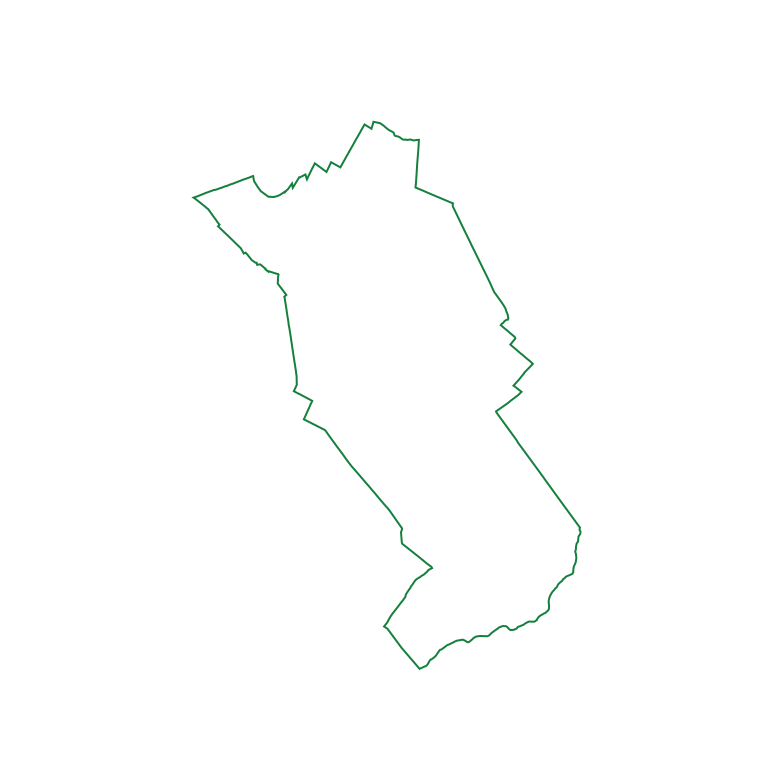 Aljojuca, Puebla, Mexico, rotated 210°
{"feature_id": "50627088B67825274215435", "entity_name": "Aljojuca", "entity_type": "district", "adm_level": 2, "iso_a3": "MEX", "parent_name": "Mexico", "parent_adm1": "Puebla", "projection": "robinson", "projection_center": [-97.52, 19.106], "detail": "fine", "context": "isolated", "style": "outline", "palette": "green", "viewbox_px": 768, "rotation_deg": 210, "n_neighbors": 0, "source": "geoboundaries", "source_scale": "gbopen_adm2", "svg_char_len": 6142}
<svg xmlns="http://www.w3.org/2000/svg" viewBox="0 0 768 768"><g transform="rotate(210 384 384)"><path d="M514.0,409.7L513.3,409.1L511.7,407.2L509.8,404.8L506.5,400.8L505.9,400.0L501.9,394.9L500.5,393.2L499.3,391.8L498.3,390.5L496.8,388.6L496.4,387.9L494.9,386.2L494.0,385.2L487.7,377.4L483.6,372.2L474.3,360.5L468.7,353.6L465.4,349.4L465.1,348.9L463.9,347.5L462.4,345.1L459.2,339.8L459.1,339.5L458.6,334.1L458.5,332.7L452.9,332.9L452.5,333.0L437.7,333.5L437.6,332.6L437.5,331.8L437.4,329.4L437.2,327.9L437.0,326.4L436.9,325.6L436.9,324.7L436.7,322.8L435.7,313.3L412.2,314.6L411.5,314.4L402.3,310.2L396.6,307.7L394.4,306.7L385.1,302.7L380.2,300.5L379.8,300.3L378.7,299.8L375.7,298.5L373.0,297.4L370.8,296.5L359.9,292.8L356.7,291.6L354.4,290.9L353.5,290.5L348.3,288.7L346.4,288.1L342.9,286.8L339.9,285.7L339.6,285.6L339.0,285.5L332.4,283.0L329.6,282.0L326.0,280.7L320.2,278.7L319.8,278.7L315.7,277.1L304.2,271.7L296.2,268.0L295.6,266.6L295.3,264.8L295.1,264.0L293.0,261.0L289.3,255.6L288.7,255.0L288.1,254.7L268.2,251.8L257.3,250.0L254.5,249.7L251.6,249.4L250.3,248.6L252.2,245.7L252.6,244.7L252.7,244.4L252.7,243.8L252.8,243.0L253.2,242.0L253.7,240.4L254.3,238.6L255.3,237.0L256.0,235.6L256.2,234.7L256.4,234.3L256.8,233.9L257.1,233.5L257.2,233.2L258.0,231.6L258.6,230.2L258.8,228.9L259.1,224.3L259.4,222.3L259.4,221.3L259.2,220.5L259.5,218.7L259.6,216.8L259.7,215.2L259.8,213.3L259.7,212.0L259.6,211.6L259.0,210.5L259.3,208.1L259.4,206.5L260.0,202.9L260.5,198.5L261.8,189.5L262.0,187.4L262.1,185.9L262.1,184.8L262.1,184.1L262.1,181.3L261.9,179.3L262.1,178.2L262.7,174.0L258.7,173.8L237.1,164.4L210.7,155.1L210.4,155.9L209.5,156.7L208.9,157.8L208.3,158.6L207.5,159.8L206.6,160.6L206.2,162.0L206.0,164.2L206.1,165.6L206.1,167.6L205.7,168.9L205.2,169.2L204.7,170.5L203.8,172.5L203.5,173.6L203.2,174.7L203.1,176.3L203.0,177.9L202.8,179.7L202.6,181.7L201.5,182.8L200.9,184.3L200.3,185.6L199.4,187.7L198.8,189.3L197.7,190.6L196.9,191.8L196.1,193.0L194.6,195.2L194.0,196.3L193.1,197.4L192.3,198.4L191.0,199.5L190.2,200.0L189.6,200.7L187.6,202.1L186.2,202.2L184.1,202.2L183.0,202.1L182.3,202.3L181.7,202.7L181.0,203.9L180.6,205.1L180.3,206.0L179.9,206.9L179.5,208.6L178.2,211.1L177.3,211.8L176.2,212.8L174.6,213.9L169.0,216.9L168.4,217.3L167.6,218.2L167.2,219.0L167.0,219.9L166.7,221.0L166.2,222.7L165.6,223.8L165.1,225.3L164.5,226.2L163.9,227.8L163.3,228.8L162.7,230.6L161.8,231.8L161.0,232.7L160.3,233.6L159.1,234.3L157.1,235.3L156.1,235.2L155.4,235.1L154.0,234.5L152.6,234.2L152.0,234.3L151.2,234.2L151.1,234.4L150.0,235.0L149.2,235.7L148.3,236.4L148.1,237.0L147.1,238.1L146.7,239.1L146.7,239.9L146.5,240.7L145.6,241.7L144.8,242.6L144.1,243.7L143.0,244.8L142.0,247.2L141.5,248.0L141.1,248.7L140.6,249.5L139.5,250.9L139.1,251.1L137.3,252.0L134.9,253.4L133.6,256.0L133.8,257.2L133.6,259.3L133.2,260.7L132.7,261.8L131.7,263.4L130.8,265.1L129.9,266.2L129.3,268.1L128.8,269.2L128.6,271.0L128.9,272.1L129.6,273.6L130.0,274.2L130.6,275.0L131.3,276.0L131.7,276.7L132.4,277.4L132.9,278.6L133.3,279.5L133.8,281.2L134.1,282.7L134.3,283.8L134.3,285.5L134.3,286.5L134.2,288.4L133.8,290.0L133.6,291.8L133.1,293.6L132.9,293.9L132.7,295.2L133.0,296.5L132.8,298.7L132.6,299.2L132.1,300.6L131.8,301.5L131.3,302.4L131.3,304.6L130.5,306.1L130.1,308.0L129.3,309.3L128.3,310.5L127.2,312.0L126.0,313.7L125.9,315.5L126.6,316.6L127.9,319.5L128.4,321.4L128.6,323.6L128.9,325.7L129.6,327.3L130.2,329.1L131.2,330.6L132.7,332.6L133.5,333.4L134.8,334.8L134.9,336.1L136.6,339.7L137.4,342.2L137.2,344.6L138.4,347.2L139.3,349.2L139.1,352.1L139.5,353.5L140.2,354.6L141.7,355.4L142.5,357.2L142.5,357.6L172.6,370.9L197.0,381.8L199.1,382.8L217.4,390.9L238.9,400.3L240.6,401.4L241.0,401.6L272.3,415.5L273.3,416.4L272.5,418.0L267.1,429.6L265.8,433.1L262.2,441.6L261.0,446.0L270.5,447.3L271.0,447.3L269.2,455.9L268.8,458.6L268.3,461.8L268.1,462.5L268.1,464.3L266.3,471.2L265.2,475.9L269.2,476.8L273.7,477.5L275.7,477.9L279.2,478.6L280.5,478.7L294.3,481.3L293.0,489.1L294.3,490.1L311.5,493.2L312.3,493.3L312.2,494.6L311.9,495.4L311.3,496.6L311.2,497.7L311.1,498.5L310.8,499.1L310.7,499.6L310.5,500.0L309.8,500.8L309.5,501.4L309.3,501.5L308.9,501.7L309.1,502.9L310.5,504.6L311.5,505.9L313.4,507.3L315.3,508.9L316.1,509.8L317.7,510.7L318.9,511.5L324.0,514.0L330.9,517.1L334.7,518.8L339.5,522.2L341.0,523.4L349.5,529.2L355.5,533.2L360.1,536.3L375.8,546.8L384.3,552.6L391.0,557.1L396.9,561.1L413.3,572.3L414.5,574.3L414.6,574.9L426.6,573.4L429.1,573.1L431.2,572.8L432.7,572.6L434.3,572.4L438.3,571.9L447.3,570.9L455.0,569.9L456.1,572.5L458.1,576.7L465.7,592.0L470.8,602.8L475.8,612.9L476.7,612.3L477.9,611.6L479.1,610.5L480.4,609.6L481.9,609.4L483.3,608.9L484.8,607.9L485.8,607.0L486.5,606.8L487.6,606.5L488.1,605.9L489.6,605.3L490.6,605.1L491.6,605.3L493.6,605.5L495.0,605.5L496.5,605.1L498.2,604.5L498.6,604.5L499.1,604.6L501.3,606.4L502.4,606.6L503.0,606.6L503.9,606.5L506.9,606.4L510.8,607.0L513.8,607.6L517.9,607.9L524.2,605.8L522.5,598.8L530.6,599.0L530.6,592.9L530.5,590.2L530.5,581.3L530.4,576.1L530.4,572.4L530.3,563.0L530.2,558.8L530.2,556.9L530.2,556.1L530.1,549.8L540.7,549.6L539.8,538.9L554.2,540.5L553.9,535.4L554.0,535.3L553.9,534.3L553.6,529.5L553.4,526.5L553.0,522.6L553.4,522.9L556.8,526.2L560.5,520.3L560.8,520.4L561.1,508.3L563.9,511.6L564.6,504.7L565.0,503.5L565.6,500.9L565.9,501.3L568.7,495.6L570.7,493.0L572.9,490.9L577.7,488.4L587.1,489.4L591.9,491.5L597.7,494.6L598.4,495.2L599.0,495.9L601.2,498.6L601.4,498.7L604.6,494.6L608.2,490.5L614.9,482.1L617.7,479.0L618.1,478.2L620.8,475.3L623.0,472.5L623.8,471.7L627.0,467.9L627.6,467.5L628.1,467.3L629.0,466.1L630.7,464.1L633.4,460.9L633.8,460.5L634.9,459.0L639.7,452.9L642.1,450.2L640.9,450.1L636.3,449.5L626.6,448.0L624.3,447.5L623.9,447.6L622.4,447.0L622.2,446.8L620.7,446.2L615.7,443.9L611.6,442.1L609.7,441.2L606.1,439.7L606.6,437.6L594.3,434.6L594.0,434.6L582.0,431.5L575.9,430.0L570.7,426.9L569.9,428.0L569.5,428.5L566.9,427.8L566.4,427.5L560.6,425.2L556.3,424.8L555.3,424.9L554.9,425.3L553.4,423.8L551.6,425.4L550.7,425.7L543.8,424.4L543.8,423.9L540.5,423.5L540.7,423.9L533.0,425.6L530.5,426.3L530.1,426.1L529.0,423.1L526.2,417.8L513.1,412.3L514.0,409.7Z" fill="none" stroke="#15803d" stroke-width="2"/></g></svg>